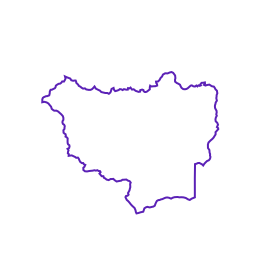 Itaberá, São Paulo, Brazil (Albers equal-area conic projection), rotated 115°
{"feature_id": "56859067B47195515530688", "entity_name": "Itaberá", "entity_type": "district", "adm_level": 2, "iso_a3": "BRA", "parent_name": "Brazil", "parent_adm1": "São Paulo", "projection": "albers", "projection_center": [-49.149, -23.906], "detail": "fine", "context": "isolated", "style": "outline", "palette": "violet", "viewbox_px": 256, "rotation_deg": 115, "n_neighbors": 0, "source": "geoboundaries", "source_scale": "gbopen_adm2", "svg_char_len": 4103}
<svg xmlns="http://www.w3.org/2000/svg" viewBox="0 0 256 256"><g transform="rotate(115 128 128)"><path d="M69.3,58.9L67.8,59.3L65.7,59.0L63.6,60.6L62.1,61.0L60.7,61.6L58.8,61.7L56.6,63.2L56.0,65.0L54.9,66.4L54.2,67.7L54.7,69.6L54.5,71.3L54.3,72.6L55.6,74.5L56.8,75.8L56.8,77.4L55.2,77.0L54.2,77.6L55.1,78.8L56.0,80.4L57.9,80.9L58.6,80.0L59.5,80.8L59.6,82.2L61.0,82.7L60.6,84.0L62.1,84.8L62.6,86.4L62.4,88.2L63.1,89.1L66.8,90.7L67.9,91.5L68.8,92.7L69.4,94.4L69.0,96.4L68.2,97.6L66.8,99.2L66.6,101.0L66.6,102.8L66.1,104.9L64.4,105.8L62.8,106.1L60.5,107.5L59.5,109.3L58.9,110.4L58.9,112.2L60.0,113.6L61.8,115.2L62.7,117.4L64.8,118.9L67.0,118.9L68.8,119.6L71.1,119.7L73.1,120.4L74.1,122.2L75.2,121.5L76.0,120.2L77.2,119.5L78.5,120.8L79.6,122.9L80.5,124.4L80.3,125.8L81.4,125.6L82.5,125.2L83.8,124.6L85.3,125.4L86.8,126.1L87.9,127.1L88.3,128.2L88.0,129.4L87.1,130.1L87.2,131.4L88.5,132.9L89.9,132.4L90.8,133.7L90.9,134.9L91.1,136.8L90.5,139.2L91.5,140.6L90.3,142.8L91.5,143.4L91.8,144.8L93.3,144.4L94.0,145.8L94.5,148.1L95.9,148.9L95.8,150.4L96.2,151.8L97.4,152.4L98.4,153.3L99.2,154.2L100.0,155.2L99.2,156.9L97.8,158.0L99.5,159.4L101.0,159.2L102.1,159.0L103.3,159.0L105.1,159.8L105.0,161.5L105.9,163.5L106.7,167.4L106.0,169.2L106.0,171.1L105.9,173.9L105.1,174.9L104.5,175.9L106.1,176.3L108.0,177.0L109.3,178.1L110.1,179.9L110.7,182.2L110.3,183.8L111.3,185.4L111.1,187.3L110.7,188.4L110.6,190.5L109.8,191.4L109.3,192.9L108.9,194.0L107.9,194.6L107.1,195.5L107.7,196.7L108.4,197.7L108.7,199.6L107.6,201.2L107.8,204.0L107.9,205.6L107.9,206.9L109.6,205.5L111.4,205.5L113.0,205.7L113.6,207.3L115.2,207.6L116.4,208.2L117.3,209.6L118.8,210.6L120.1,211.3L121.7,210.9L122.9,211.1L124.1,212.1L125.5,213.2L126.1,214.3L127.9,214.3L130.0,213.5L131.7,213.2L133.2,214.6L133.8,215.7L135.7,217.4L136.7,217.9L138.2,217.8L139.6,217.1L140.9,216.6L139.6,214.8L139.2,212.6L139.4,210.5L140.2,208.9L141.2,206.7L142.9,205.2L143.3,203.6L143.5,202.2L142.5,200.1L142.6,198.1L143.2,196.3L143.5,195.2L143.9,194.0L144.8,192.0L146.2,190.8L148.0,190.0L149.5,190.2L150.8,189.7L151.8,188.7L152.0,187.3L153.0,186.1L154.2,185.8L155.7,185.2L157.3,185.6L159.5,184.4L159.9,183.2L160.0,182.0L161.0,181.2L162.2,181.0L162.3,179.7L162.9,178.3L165.5,177.2L167.2,176.3L168.1,175.4L168.4,173.9L169.4,173.2L171.0,172.9L172.5,174.0L173.3,172.5L175.0,172.3L176.4,171.8L176.7,170.6L178.3,170.0L177.4,168.7L176.6,167.4L176.6,163.7L176.9,162.4L176.0,160.9L176.6,159.7L177.8,158.4L178.9,157.0L179.3,155.0L178.7,153.8L179.5,152.7L179.5,151.1L181.6,151.1L182.9,151.7L184.9,150.7L185.4,148.7L184.7,146.8L183.2,144.7L181.6,142.0L180.5,140.6L180.2,139.1L179.2,137.9L179.4,136.5L178.9,135.2L179.6,134.2L181.4,134.6L182.1,133.0L182.8,131.5L182.1,129.9L183.3,128.8L183.3,127.6L183.8,125.6L183.4,123.5L181.6,122.2L181.0,120.9L180.3,119.8L180.9,118.2L181.3,115.7L180.4,114.5L179.4,113.1L178.6,111.9L177.3,111.2L176.4,109.5L175.4,107.7L175.7,105.9L175.5,104.1L176.3,102.5L177.9,102.4L179.5,101.5L180.7,100.9L182.0,100.7L183.9,100.3L185.7,100.4L187.0,100.5L188.2,99.3L189.6,99.8L190.4,101.0L191.7,101.1L192.6,100.1L193.7,98.7L194.2,96.9L195.0,95.1L196.0,93.2L196.8,91.2L197.7,88.3L199.3,86.5L200.9,85.3L201.8,84.2L200.6,82.6L199.1,81.0L197.4,78.8L195.5,79.0L193.9,79.2L192.4,78.3L191.3,77.2L190.8,74.7L189.4,73.0L188.5,71.8L187.1,70.9L184.9,71.1L183.2,71.1L181.9,71.0L180.5,70.0L179.9,68.9L178.9,68.1L177.9,66.8L176.0,65.2L175.2,64.4L174.4,63.2L173.9,61.4L173.8,59.1L172.4,58.1L171.1,56.7L169.6,54.0L169.1,52.1L168.1,50.2L167.4,48.3L167.0,46.1L167.3,43.3L167.1,41.6L165.2,40.5L164.0,39.4L162.6,38.1L145.3,46.2L132.4,52.0L131.5,50.9L130.2,49.8L129.5,48.5L129.6,47.1L129.6,45.7L130.2,44.0L128.1,43.7L126.3,43.1L124.5,42.4L123.1,41.1L121.6,40.7L120.4,40.8L119.3,41.1L118.4,42.0L116.9,42.6L115.8,43.7L113.6,44.9L112.3,47.1L109.2,48.6L107.1,48.9L106.0,48.5L104.4,47.9L102.2,46.9L100.6,46.4L98.1,46.1L96.9,45.9L95.9,46.3L94.8,46.9L93.2,46.4L90.9,45.7L90.0,46.3L89.6,47.8L87.0,47.8L85.5,49.4L84.9,51.3L83.4,52.3L82.0,52.7L80.9,52.8L79.4,52.7L78.3,53.8L76.4,54.2L74.9,55.1L74.1,56.3L73.0,57.6L71.6,58.4L70.5,58.8L69.3,58.9Z" fill="none" stroke="#5b21b6" stroke-width="2"/></g></svg>